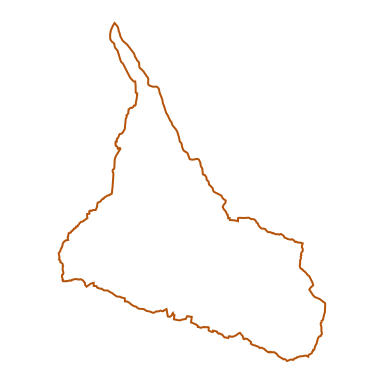 Noen Kham, Chai Nat, Thailand (Equal Earth projection)
{"feature_id": "78962969B80984630851813", "entity_name": "Noen Kham", "entity_type": "district", "adm_level": 2, "iso_a3": "THA", "parent_name": "Thailand", "parent_adm1": "Chai Nat", "projection": "equal_earth", "projection_center": [99.836, 15.024], "detail": "fine", "context": "isolated", "style": "outline", "palette": "amber", "viewbox_px": 384, "rotation_deg": 0, "n_neighbors": 0, "source": "geoboundaries", "source_scale": "gbopen_adm2", "svg_char_len": 5980}
<svg xmlns="http://www.w3.org/2000/svg" viewBox="0 0 384 384"><path d="M63.1,281.2L65.5,281.3L67.0,280.9L67.9,281.1L69.5,280.4L70.7,280.7L71.6,280.4L71.8,279.9L73.2,279.7L74.2,279.1L77.2,279.1L78.2,279.6L80.7,279.2L82.2,280.0L83.4,280.8L83.9,281.9L84.5,282.3L84.9,283.1L85.3,285.3L86.6,286.7L90.8,283.6L93.7,282.8L93.7,285.9L96.6,286.2L96.9,287.2L97.5,287.8L100.4,288.7L101.4,288.6L104.1,290.4L107.7,290.5L110.6,292.4L112.5,293.2L113.8,294.5L117.1,296.6L120.0,296.7L121.1,297.4L124.8,298.3L124.9,301.4L126.6,301.4L129.0,302.5L129.8,303.1L130.2,303.7L133.6,306.0L136.3,306.8L137.4,307.9L138.8,308.7L143.9,309.1L146.5,310.9L149.9,311.5L152.8,312.8L154.3,312.6L156.1,311.4L158.5,311.4L160.5,310.6L162.2,311.2L163.4,311.1L164.2,310.2L164.9,310.0L166.5,309.1L167.8,316.4L169.6,316.8L170.8,316.3L172.2,314.6L172.3,313.8L173.0,313.0L173.9,315.8L174.4,315.6L173.9,319.3L179.3,320.4L180.3,320.3L181.8,319.7L185.7,319.0L187.2,316.2L189.2,316.4L190.4,316.8L191.3,316.7L191.8,316.9L191.0,322.4L195.3,324.1L197.4,325.4L197.8,325.9L197.8,327.0L199.0,327.0L200.0,327.6L201.1,327.8L202.1,327.3L203.0,327.3L203.5,326.9L205.5,327.3L207.0,327.1L208.6,327.3L208.8,327.9L208.6,329.4L208.7,330.5L210.7,331.5L212.4,332.0L213.0,331.8L213.1,330.6L216.5,331.4L217.1,331.7L217.2,332.5L218.2,333.5L218.8,333.7L219.1,333.4L219.9,333.5L221.2,334.4L222.0,334.4L224.4,337.3L228.3,338.0L228.8,336.4L229.5,336.1L230.7,336.7L233.1,336.7L236.1,335.3L238.4,333.5L239.9,332.8L242.8,336.2L243.5,338.9L244.4,339.2L245.0,338.7L245.8,338.6L247.5,339.1L251.0,342.0L250.9,343.7L251.6,344.2L253.2,345.1L254.9,345.4L258.7,346.9L259.5,347.9L261.6,347.7L262.9,348.4L264.0,348.6L265.1,349.9L268.0,352.1L269.7,352.4L269.8,351.9L270.8,351.9L271.5,352.2L274.5,352.3L275.7,353.3L276.7,353.7L277.6,355.3L278.4,356.1L281.5,358.1L282.4,358.4L283.3,359.3L284.6,359.1L285.5,359.4L287.0,361.0L290.9,359.5L291.8,359.5L292.8,359.9L292.9,359.7L293.5,359.7L294.3,358.6L296.0,358.2L296.8,357.3L297.4,357.4L299.7,356.4L302.6,356.2L305.9,355.5L308.2,356.7L308.2,355.9L309.0,354.5L310.3,354.2L311.8,353.1L312.2,351.8L312.9,351.2L313.0,350.0L314.3,349.6L315.3,345.7L316.5,343.9L318.0,338.1L319.4,336.4L320.7,336.1L321.0,335.1L321.9,334.1L321.8,332.4L321.4,331.2L321.4,326.8L320.8,325.1L320.7,323.5L320.8,323.0L321.5,322.3L321.6,320.8L322.9,319.9L324.2,314.2L324.8,312.4L325.0,310.0L325.2,304.9L325.0,303.0L319.6,299.0L314.6,296.9L312.9,295.0L309.3,289.5L310.6,287.6L313.2,285.3L312.4,282.5L309.2,276.1L307.5,275.0L307.0,274.0L305.6,272.4L302.9,270.2L302.5,269.4L300.7,268.5L300.2,267.7L299.7,266.1L300.2,262.7L300.0,260.8L301.0,258.1L300.7,256.5L301.4,255.3L300.9,254.4L301.6,252.3L302.5,251.4L302.8,250.7L302.7,248.8L302.0,247.4L301.8,246.3L302.7,243.4L300.2,242.6L298.1,242.6L296.2,241.7L295.2,242.0L293.8,240.3L292.3,239.3L290.9,239.6L287.7,239.1L286.5,238.3L284.5,237.6L283.7,235.9L281.0,234.0L280.4,234.0L279.5,234.6L277.8,234.2L275.3,234.2L273.0,232.9L272.4,233.3L271.7,232.8L270.2,232.1L268.0,232.1L266.8,231.0L265.1,229.0L263.3,228.6L261.9,228.6L261.0,228.2L258.8,225.9L257.7,223.2L256.5,222.5L255.8,220.8L254.3,219.4L251.0,219.0L249.2,217.9L248.4,217.7L244.2,218.0L239.4,217.8L238.0,218.2L238.0,221.2L235.0,220.4L229.8,220.0L229.7,218.1L228.2,218.2L227.7,215.0L227.4,215.1L225.7,211.4L223.8,209.2L222.8,207.2L223.2,205.6L225.3,202.8L225.8,201.2L225.7,200.4L223.7,199.2L222.6,198.1L221.7,196.1L221.2,195.5L214.1,191.9L213.2,190.7L212.7,188.4L212.3,187.7L208.9,184.4L208.7,181.8L206.6,179.7L206.5,177.6L205.3,175.6L204.7,175.0L203.3,174.6L202.9,174.3L202.6,172.0L202.3,168.4L200.8,166.2L200.3,162.5L198.7,159.4L197.4,158.9L192.4,159.7L189.7,159.2L187.6,153.4L186.6,152.4L184.2,151.0L183.2,149.9L182.2,147.2L181.5,143.5L181.0,142.7L180.0,141.8L179.7,141.2L179.1,137.8L177.2,131.5L175.6,129.0L172.5,125.3L171.3,121.8L170.1,120.5L167.7,115.3L166.0,112.5L164.1,106.1L162.9,103.3L162.3,99.4L159.6,92.7L159.1,89.8L158.6,88.4L158.1,87.8L156.8,86.7L152.7,86.7L150.1,85.8L148.4,84.8L148.1,83.1L148.3,79.2L147.9,77.7L146.8,76.4L143.4,71.3L139.6,67.7L139.3,66.4L139.0,62.3L137.1,60.4L136.1,58.3L135.0,56.8L134.4,54.4L133.8,53.2L127.1,44.5L123.2,41.2L122.5,40.4L120.5,36.7L119.5,32.8L118.7,31.1L118.4,29.0L117.6,26.6L114.6,23.0L112.8,25.9L111.2,29.6L110.6,31.5L110.1,35.1L110.2,38.6L110.5,39.6L111.7,41.5L114.0,43.4L114.4,44.6L114.8,46.9L115.3,48.0L117.6,50.7L120.9,61.6L123.0,63.7L129.9,77.2L131.0,78.7L133.7,81.5L135.2,81.4L135.6,85.2L135.7,92.3L135.9,92.8L137.2,93.4L136.8,98.0L135.8,103.0L135.7,104.7L135.3,105.5L134.4,105.4L133.9,105.6L133.2,107.1L132.0,107.8L130.6,107.8L128.6,109.4L128.7,110.1L128.3,111.5L128.3,113.2L127.5,114.4L126.5,115.2L126.8,116.0L126.5,116.7L126.5,117.5L125.8,118.6L124.7,129.3L123.6,131.0L122.6,132.9L121.4,133.7L119.6,134.1L118.3,137.3L117.6,138.3L116.9,138.7L116.8,141.5L115.9,141.4L115.5,141.9L115.7,142.6L115.4,143.3L115.8,144.1L115.5,144.7L115.6,145.5L116.4,146.3L117.2,146.5L117.6,147.5L117.6,148.3L118.0,148.9L118.8,148.8L119.0,148.4L119.7,148.0L120.2,148.2L120.3,149.0L116.1,155.7L115.3,157.5L114.7,160.0L114.3,168.2L114.1,168.7L112.9,169.7L112.7,170.3L112.6,171.4L113.4,173.4L113.3,176.3L112.5,187.5L111.8,193.7L109.4,194.9L109.3,195.2L107.4,195.6L105.3,197.0L104.5,197.3L103.5,198.8L102.9,198.7L101.4,200.0L101.0,200.9L99.8,201.8L97.7,202.7L97.3,204.3L97.0,206.9L95.7,210.0L92.6,210.1L92.0,210.6L91.0,210.9L90.3,210.6L89.3,211.1L89.2,211.4L89.5,212.9L89.4,213.7L87.1,214.0L87.1,216.2L87.4,218.1L82.7,221.5L80.7,222.0L78.0,225.3L77.6,226.4L76.2,226.5L75.5,228.2L74.1,228.5L73.7,229.5L73.1,229.7L72.4,230.8L71.5,231.1L70.9,232.5L69.3,232.8L69.1,233.2L68.6,233.4L68.1,236.4L67.7,237.0L68.1,240.0L65.7,240.4L64.2,241.5L62.8,243.5L62.2,246.7L61.4,247.8L61.4,248.5L60.7,249.2L60.3,251.2L58.8,253.0L58.8,253.9L59.4,256.9L59.4,258.5L59.0,259.2L59.5,259.6L59.6,260.4L60.4,260.8L60.4,262.2L61.5,262.9L62.7,264.1L62.7,265.0L63.1,265.8L62.8,266.3L62.6,269.7L63.2,271.7L63.4,273.4L63.0,274.4L62.4,274.6L62.0,275.1L61.9,276.7L62.4,277.9L62.5,280.0L63.1,280.1L63.1,281.2Z" fill="none" stroke="#b45309" stroke-width="2"/></svg>